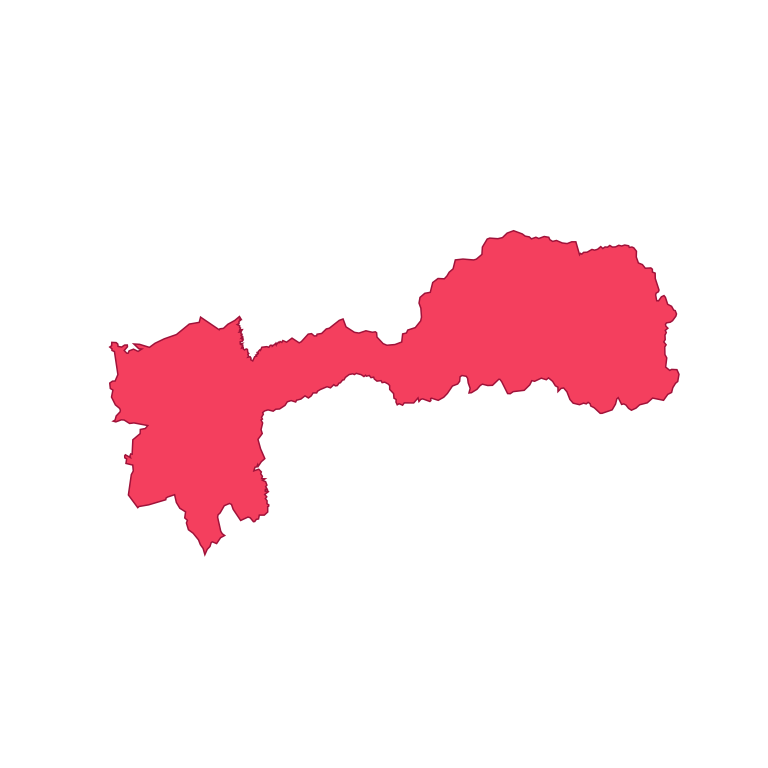 San Roman, Puno, Peru, rotated 206°
{"feature_id": "86281439B54364439373802", "entity_name": "San Roman", "entity_type": "district", "adm_level": 2, "iso_a3": "PER", "parent_name": "Peru", "parent_adm1": "Puno", "projection": "robinson", "projection_center": [-70.339, -15.674], "detail": "fine", "context": "isolated", "style": "filled", "palette": "rose", "viewbox_px": 768, "rotation_deg": 206, "n_neighbors": 0, "source": "geoboundaries", "source_scale": "gbopen_adm2", "svg_char_len": 6159}
<svg xmlns="http://www.w3.org/2000/svg" viewBox="0 0 768 768"><g transform="rotate(206 384 384)"><path d="M164.0,580.0L169.1,585.3L171.1,586.2L172.9,584.0L173.7,579.1L175.4,578.4L178.9,583.1L179.2,585.0L177.8,587.2L178.0,589.0L186.4,597.7L188.9,602.5L191.8,602.3L193.1,604.8L195.0,605.3L199.9,602.6L204.1,604.6L208.4,604.3L212.9,608.7L215.3,614.0L219.2,615.9L221.2,615.8L223.4,614.3L224.7,615.5L228.6,614.4L230.9,612.2L233.8,611.6L236.0,608.7L238.7,607.2L241.8,607.5L243.1,604.9L245.4,604.1L246.7,601.7L249.4,602.5L251.1,598.7L253.4,596.6L256.1,596.1L259.2,591.5L262.3,589.8L263.2,587.4L264.7,587.5L264.9,585.9L273.9,595.9L277.6,594.1L280.9,590.5L285.6,588.9L291.9,588.6L294.9,586.1L298.2,586.4L300.2,588.1L304.7,586.8L308.7,582.6L311.8,582.5L315.1,579.1L318.0,579.9L321.9,578.8L325.5,579.5L334.7,578.6L339.5,573.6L341.7,567.5L345.4,564.5L352.9,561.5L354.8,559.5L355.6,550.2L352.8,543.4L355.7,536.7L357.8,534.8L367.8,530.9L374.3,526.8L372.4,517.8L374.4,513.1L374.8,508.6L375.9,505.0L381.7,502.5L384.7,496.6L382.6,486.7L387.1,483.4L389.6,477.6L388.0,472.1L384.1,468.3L379.6,460.5L378.7,456.8L380.6,448.4L386.3,442.9L386.2,439.7L389.2,437.2L386.5,429.5L391.4,424.3L398.4,420.1L402.5,419.9L410.9,423.1L413.1,426.8L414.7,427.1L417.1,425.4L423.6,423.9L428.8,418.8L433.2,417.5L443.2,418.7L449.3,424.5L452.1,421.6L457.6,410.2L460.0,408.2L462.2,402.1L466.0,399.4L465.7,397.8L467.7,396.6L471.2,397.5L474.0,395.6L476.9,385.7L478.3,383.8L486.8,384.9L489.9,378.9L494.0,378.7L494.1,376.6L496.0,376.6L496.3,375.2L497.2,375.3L497.8,373.1L498.7,373.4L498.2,371.9L499.3,372.6L501.0,368.9L501.7,369.7L503.1,369.0L503.6,366.5L505.7,366.2L509.9,363.5L509.8,360.0L510.6,360.2L511.3,357.9L510.5,356.5L511.7,356.4L510.7,355.1L511.9,353.8L510.8,353.2L512.2,351.7L512.1,347.2L514.4,347.4L514.8,348.9L516.3,349.8L518.0,348.5L517.8,349.6L519.4,351.0L518.9,352.1L520.2,352.6L521.9,355.2L523.2,355.1L524.3,353.5L525.9,353.9L526.6,355.2L527.7,354.0L527.9,357.0L529.5,356.8L529.0,358.4L530.8,357.1L531.8,358.9L530.1,360.3L529.9,361.9L531.5,362.2L530.7,363.0L531.5,364.1L532.4,363.1L532.1,364.8L533.6,364.9L533.4,366.5L534.6,366.5L535.2,368.0L537.0,367.1L536.5,369.2L535.4,368.8L535.2,370.7L537.4,369.4L537.5,371.4L538.7,371.6L539.1,373.0L542.0,373.1L540.8,374.7L541.8,376.8L540.9,378.4L541.9,379.0L540.7,379.5L543.5,381.3L546.0,375.7L550.5,369.3L552.7,363.6L555.7,361.7L555.9,360.5L578.2,363.7L577.1,358.4L585.3,352.5L592.2,337.5L601.3,328.3L607.7,320.2L610.9,314.1L621.1,312.5L626.4,310.3L619.8,308.2L617.0,309.3L619.3,305.5L624.4,305.5L627.6,302.1L627.5,299.4L628.7,298.9L632.2,300.2L630.9,305.0L631.8,306.5L634.2,305.3L636.0,302.2L639.5,301.2L640.8,303.2L642.9,303.8L646.9,302.1L645.6,299.0L646.7,297.0L644.0,296.4L643.2,294.9L640.5,295.0L627.3,275.8L627.0,268.8L629.3,267.5L630.9,264.6L628.0,260.0L625.0,259.7L623.2,252.8L616.3,247.5L611.0,246.2L609.5,245.0L609.0,243.3L610.7,237.9L609.9,233.7L611.1,231.9L608.4,232.4L604.3,236.7L601.7,237.7L595.4,237.0L591.7,239.4L578.1,243.1L579.0,239.4L583.1,236.3L581.4,232.5L585.3,223.8L579.6,210.5L581.0,210.1L580.8,208.0L579.6,206.7L585.4,207.0L585.6,205.8L584.6,204.0L582.5,203.9L581.1,199.5L574.3,201.0L571.2,195.9L571.4,191.8L565.1,172.2L551.1,164.9L550.5,166.5L542.6,172.2L529.4,184.3L529.9,185.9L529.0,187.5L523.7,192.7L518.7,186.5L513.0,182.8L506.3,182.1L504.4,176.3L500.9,175.3L500.7,172.5L495.9,167.3L490.1,166.2L482.4,162.6L478.6,159.1L474.5,156.9L470.2,152.1L470.4,157.9L469.2,161.7L469.8,165.6L469.1,166.9L464.5,167.2L463.5,174.2L460.8,178.0L463.7,178.5L466.2,180.1L475.2,191.4L475.8,193.7L474.8,196.2L474.2,204.6L470.5,208.9L468.3,208.9L464.6,205.2L453.0,198.5L447.9,204.8L445.6,205.1L441.0,203.0L439.9,203.7L439.4,206.4L437.6,207.7L438.6,211.5L434.1,213.7L432.4,218.0L434.8,222.8L434.1,223.5L434.5,224.8L436.7,225.1L437.9,227.8L440.4,229.0L439.9,231.2L442.8,232.4L440.7,236.6L442.2,237.2L442.9,235.8L443.9,235.7L444.4,237.3L442.9,238.3L445.4,239.9L444.9,241.8L447.6,244.3L450.9,244.2L449.4,246.6L452.5,245.3L452.8,247.7L455.5,249.3L455.7,251.2L459.2,252.5L462.9,248.9L463.5,252.6L462.1,253.7L462.2,256.2L461.0,254.8L460.2,260.4L458.4,264.7L466.5,271.6L473.0,279.0L471.7,286.1L474.5,289.1L476.0,295.8L478.7,297.7L477.9,299.2L479.5,300.4L479.2,303.9L480.5,305.1L479.5,307.5L476.9,309.9L471.7,311.0L470.2,313.9L466.9,315.8L463.6,321.4L463.1,325.6L460.2,328.4L455.5,329.1L455.5,331.1L452.1,334.0L449.8,338.7L445.8,338.3L444.2,341.4L443.8,344.9L440.6,346.5L440.5,348.5L438.9,351.0L434.0,356.6L430.4,357.1L428.8,361.4L426.9,361.0L425.3,362.1L424.8,365.1L423.7,366.0L423.0,369.4L421.8,370.2L421.6,373.0L419.5,377.2L416.5,379.5L414.8,379.5L413.6,381.4L408.6,382.4L405.3,381.9L404.4,383.8L403.3,383.3L400.9,385.2L398.5,384.0L396.3,385.6L395.0,384.3L391.6,383.5L388.2,385.7L386.3,384.4L384.1,386.0L380.1,385.8L378.2,385.0L376.5,381.6L371.2,379.6L368.8,375.6L366.3,375.4L365.3,373.0L363.0,371.1L361.8,372.9L358.0,373.1L357.5,375.9L349.0,380.0L347.3,386.4L344.9,383.6L344.2,386.3L342.7,387.6L335.1,388.4L334.6,389.7L335.7,391.4L335.0,392.1L328.1,393.1L324.5,398.3L322.9,403.2L321.6,412.2L317.8,416.3L317.2,419.6L318.8,423.8L317.7,425.8L313.4,427.0L311.3,425.7L308.8,421.9L304.6,417.8L303.7,413.2L301.6,414.5L298.1,420.0L296.9,424.8L295.5,427.0L290.1,428.1L285.9,430.4L282.9,438.6L281.9,439.0L279.3,437.7L268.7,429.6L266.3,430.6L264.5,433.8L255.2,439.8L252.6,447.1L252.6,451.8L249.8,452.5L245.2,458.2L240.0,459.0L238.8,461.6L233.6,460.3L229.2,457.5L226.3,457.4L224.3,453.5L222.9,457.7L220.8,459.2L216.2,457.2L210.1,451.6L205.6,449.7L199.2,451.1L196.2,454.3L193.5,454.8L192.5,457.0L190.0,456.6L188.6,454.9L184.6,454.8L176.8,452.4L175.1,453.3L167.6,460.8L167.1,467.4L168.2,472.7L167.5,474.4L161.5,469.8L159.8,471.2L157.4,471.2L153.5,469.3L150.1,468.9L146.9,472.8L145.1,477.4L139.1,482.5L136.4,489.1L125.6,491.9L124.4,499.1L121.8,502.5L122.8,507.3L122.3,512.4L121.1,515.0L123.1,522.0L127.0,525.3L131.9,523.2L133.1,521.5L138.3,522.7L141.3,531.4L144.4,533.6L147.9,540.4L147.6,542.9L151.0,544.5L150.7,547.1L152.9,551.1L152.8,553.9L154.7,555.5L153.3,558.6L156.0,559.5L157.2,561.1L156.9,562.8L153.8,565.0L152.4,567.4L151.4,572.9L151.8,575.2L154.4,577.6L156.0,577.4L159.6,579.9L164.0,580.0Z" fill="#f43f5e" stroke="#9f1239" stroke-width="1.5"/></g></svg>